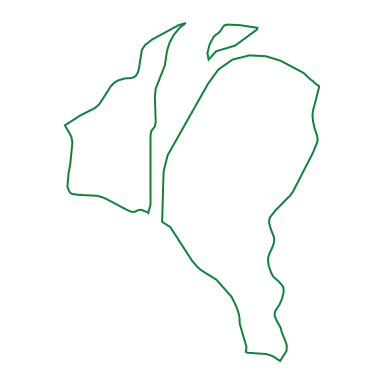 SVG path tracing the border of Essequibo Islands-West Demerara
{"feature_id": "GUY-678", "entity_name": "Essequibo Islands-West Demerara", "entity_type": "Region", "adm_level": 1, "iso_a3": "GUY", "parent_name": "Guyana", "parent_adm1": "", "projection": "mercator", "projection_center": [-58.442, 6.542], "detail": "fine", "context": "isolated", "style": "outline", "palette": "green", "viewbox_px": 384, "rotation_deg": 0, "n_neighbors": 0, "source": "natural_earth", "source_scale": "10m", "svg_char_len": 1925}
<svg xmlns="http://www.w3.org/2000/svg" viewBox="0 0 384 384"><path d="M162.1,222.4L163.6,171.5L167.6,155.3L208.2,83.5L218.4,69.5L232.5,59.6L249.4,55.4L265.7,56.2L280.5,60.7L303.5,72.9L311.0,79.9L312.9,81.0L314.1,82.4L317.3,85.1L319.0,86.0L319.1,87.0L314.7,104.5L313.8,107.3L312.8,111.8L312.5,115.4L313.1,121.7L314.5,128.1L317.2,136.1L317.5,138.5L317.5,141.4L313.2,152.2L292.9,191.8L289.7,196.2L289.2,196.7L288.3,197.3L275.5,210.3L270.8,216.3L269.8,217.9L269.2,220.3L269.1,223.1L271.3,230.5L273.8,236.6L274.2,238.9L274.1,241.7L273.1,245.6L269.3,254.0L268.6,256.1L268.1,258.4L268.1,261.5L268.7,265.4L270.8,271.8L272.3,275.0L273.7,277.1L278.3,281.1L282.1,285.3L283.1,286.9L283.6,289.5L283.5,292.9L281.9,299.0L279.5,304.7L276.2,309.5L275.2,311.3L274.7,313.5L274.7,316.0L277.1,321.6L280.1,326.6L280.8,328.5L281.9,332.6L285.7,341.9L286.8,345.8L286.5,350.9L280.1,361.0L273.4,356.6L270.4,355.3L266.1,354.0L249.2,352.9L247.1,352.6L245.8,351.7L246.3,348.3L246.3,346.2L239.9,324.5L239.6,322.1L239.6,319.5L239.2,316.1L238.3,312.2L236.0,305.8L231.4,296.6L216.5,279.8L200.8,270.0L196.8,266.3L192.0,260.7L170.3,227.1L162.2,221.9L162.1,222.4ZM185.8,23.0L179.6,27.8L173.8,34.9L169.6,42.6L167.1,50.5L164.8,65.4L155.7,88.7L154.9,96.9L155.7,122.3L154.9,126.3L151.3,131.1L150.5,135.5L150.5,204.5L148.3,212.9L147.5,212.3L141.5,209.9L139.5,209.9L136.6,210.8L134.7,211.9L131.7,211.8L128.1,210.5L105.2,198.4L101.3,196.9L96.9,195.8L77.6,194.8L72.9,194.0L70.7,193.3L68.9,190.8L67.4,186.5L68.6,173.0L70.2,164.5L72.4,142.6L71.3,136.5L64.9,125.3L81.4,114.8L93.6,108.8L96.5,106.8L99.6,103.8L110.9,86.1L114.1,82.9L118.1,80.4L125.0,78.4L129.7,78.2L133.4,77.5L136.0,75.7L138.0,72.1L138.9,68.8L141.9,49.8L145.1,45.0L152.2,39.5L178.5,25.2L185.8,23.0ZM240.1,25.2L257.4,27.8L257.0,29.5L235.3,45.5L216.1,51.3L208.6,59.6L207.4,53.0L209.7,44.2L213.8,36.5L219.6,32.0L223.2,26.7L224.6,25.2L228.1,24.6L240.1,25.2Z" fill="none" stroke="#15803d" stroke-width="2"/></svg>